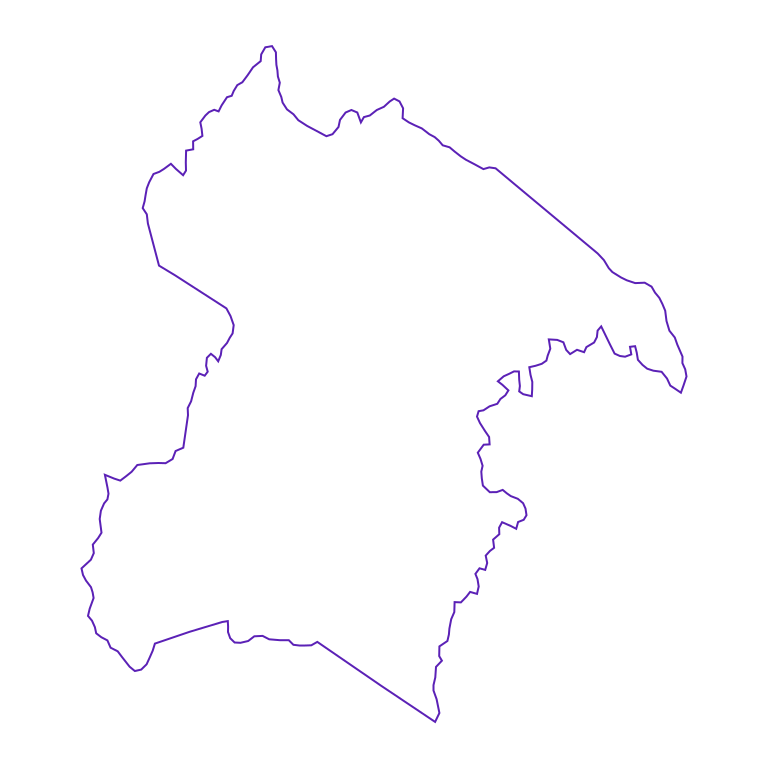 outline of Imbituva, Paraná, Brazil
{"feature_id": "56859067B92687138027542", "entity_name": "Imbituva", "entity_type": "district", "adm_level": 2, "iso_a3": "BRA", "parent_name": "Brazil", "parent_adm1": "Paraná", "projection": "albers", "projection_center": [-50.641, -25.225], "detail": "fine", "context": "isolated", "style": "outline", "palette": "violet", "viewbox_px": 768, "rotation_deg": 0, "n_neighbors": 0, "source": "geoboundaries", "source_scale": "gbopen_adm2", "svg_char_len": 3835}
<svg xmlns="http://www.w3.org/2000/svg" viewBox="0 0 768 768"><path d="M493.1,539.6L499.3,534.2L499.1,527.7L502.1,522.2L510.8,526.0L516.2,528.8L518.1,522.0L523.7,519.8L526.5,515.2L525.5,508.6L523.1,503.2L517.8,498.8L510.8,496.1L506.8,493.3L502.7,489.9L496.7,492.1L489.8,492.2L482.9,485.6L481.8,478.3L481.3,471.6L482.6,465.8L480.5,458.9L477.8,452.7L483.7,444.7L489.6,444.4L489.1,437.0L485.0,431.0L480.0,423.1L477.0,416.6L478.6,411.2L483.5,410.3L489.6,406.3L497.3,403.8L500.4,399.0L505.3,395.3L508.4,390.4L502.5,384.9L497.9,381.3L503.7,376.3L509.4,373.7L514.0,371.4L518.9,371.5L519.2,379.7L519.9,386.0L519.2,391.4L523.2,394.2L531.8,396.2L532.2,389.4L532.3,381.9L530.5,374.8L529.3,367.2L535.5,365.8L541.8,363.8L546.4,360.6L547.7,355.6L550.3,348.7L548.8,339.4L557.2,339.9L563.4,342.3L566.2,349.9L570.1,354.1L577.0,349.8L584.1,352.2L586.4,347.1L594.1,342.5L596.9,337.1L597.6,330.6L601.2,326.4L609.9,344.3L614.6,353.6L619.9,356.0L625.1,356.7L631.3,354.4L630.0,346.8L635.1,346.2L636.7,352.5L637.9,359.8L642.5,364.9L647.2,368.7L653.4,370.7L661.6,371.8L667.0,378.5L670.3,385.6L674.9,388.6L680.9,392.7L683.4,385.8L686.5,376.5L685.2,369.3L682.4,363.1L682.5,356.6L677.3,344.6L674.8,337.5L669.4,330.7L666.5,321.0L665.2,310.7L662.4,304.0L659.3,297.8L655.0,292.6L651.6,286.7L644.7,282.7L635.2,283.1L626.8,280.3L621.1,277.5L612.4,272.1L608.8,268.2L603.9,260.1L597.7,253.5L514.6,184.2L495.6,168.3L489.3,167.4L483.4,169.1L474.6,164.3L466.0,159.8L460.7,156.3L454.7,151.6L449.6,147.3L442.7,145.3L438.8,140.7L434.7,137.1L429.3,134.2L421.8,128.4L414.8,125.3L408.9,122.4L402.6,118.2L403.1,108.3L399.5,101.4L394.1,98.6L389.7,101.5L383.9,106.8L376.8,110.0L369.8,115.5L363.9,117.1L360.9,122.4L357.3,112.5L351.4,110.0L345.6,112.5L340.0,119.9L338.5,127.0L332.5,134.2L326.4,136.2L307.1,125.9L298.3,120.2L293.5,114.3L287.0,109.4L282.6,102.6L281.3,97.0L278.4,90.1L279.8,82.7L277.9,76.5L277.4,70.3L276.4,64.9L276.1,59.5L275.9,52.3L272.0,46.1L265.3,47.3L261.2,54.4L260.7,61.1L253.0,67.3L247.7,75.1L242.4,82.2L237.3,85.1L233.7,91.0L231.7,95.8L227.0,97.2L221.6,105.4L218.6,111.4L214.2,109.8L209.0,112.1L205.4,115.5L200.3,122.3L201.6,128.8L202.4,135.9L197.5,139.0L193.1,141.3L193.2,149.3L186.1,150.6L185.8,162.4L186.0,170.6L183.1,175.2L175.9,168.9L170.9,163.8L164.0,168.9L159.4,171.8L153.5,174.0L149.2,182.2L146.8,188.3L145.5,195.6L144.6,201.3L142.7,208.1L146.8,214.3L147.9,223.5L159.0,265.6L175.2,275.4L226.4,308.4L230.5,316.0L233.7,325.1L232.6,333.4L229.8,337.7L227.0,343.0L221.6,349.2L220.8,355.0L218.2,361.3L215.1,357.2L210.9,353.8L206.9,357.8L206.1,365.8L207.7,371.7L204.7,375.7L199.2,373.5L196.0,379.3L195.6,386.2L193.3,392.7L191.1,401.3L187.7,408.1L188.0,415.2L183.3,447.7L175.6,451.0L172.6,459.0L165.6,463.2L158.4,463.0L149.7,463.3L144.0,464.1L137.3,465.0L131.6,471.8L126.0,476.3L120.3,480.6L114.2,478.6L104.9,474.8L107.5,487.7L108.5,493.7L107.4,499.4L104.1,503.4L100.9,510.7L99.7,519.0L101.5,532.7L98.1,538.1L92.8,544.6L93.8,553.1L90.9,559.7L81.5,568.4L83.0,575.0L86.0,580.6L91.0,587.2L92.6,592.3L93.6,598.0L89.7,608.7L88.0,615.9L92.0,620.7L94.9,627.2L96.2,633.3L101.3,637.2L107.4,640.4L110.6,647.7L117.7,651.3L122.3,657.4L129.6,666.7L134.8,671.0L141.2,669.6L146.6,664.3L149.8,657.3L152.7,650.7L154.9,643.6L189.6,631.8L222.2,622.0L227.8,621.1L228.1,626.6L228.0,632.0L230.2,638.2L234.6,642.5L240.5,642.8L248.2,641.0L254.3,636.3L262.6,635.9L269.2,639.3L280.0,640.2L288.8,640.2L293.4,644.8L299.3,645.5L305.2,645.5L311.3,645.3L317.3,641.9L380.9,685.6L435.1,721.9L439.4,713.0L436.6,699.2L433.5,690.5L433.5,685.1L435.3,677.4L436.0,666.9L441.9,660.7L439.2,656.1L439.4,646.4L447.4,641.0L448.9,634.5L449.4,628.6L451.2,619.2L454.3,612.1L454.6,602.1L460.9,602.4L466.4,596.7L470.1,591.9L477.0,593.9L478.7,586.5L477.5,579.1L475.4,573.9L479.5,568.3L485.2,569.9L487.2,563.0L485.7,555.6L490.0,550.9L494.1,547.8L493.1,539.6Z" fill="none" stroke="#5b21b6" stroke-width="2"/></svg>